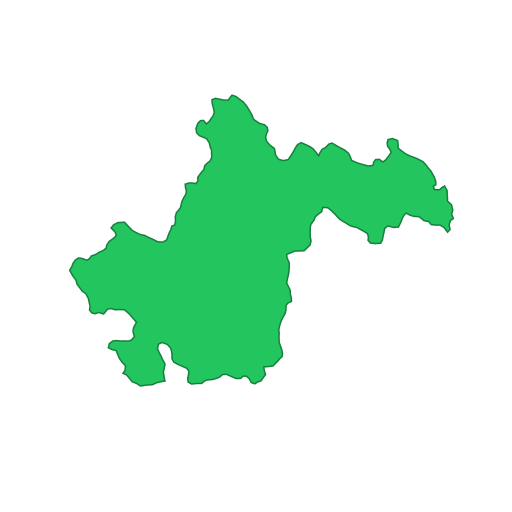 Itanhomi, Minas Gerais, Brazil, rotated 120°
{"feature_id": "56859067B79875314448705", "entity_name": "Itanhomi", "entity_type": "district", "adm_level": 2, "iso_a3": "BRA", "parent_name": "Brazil", "parent_adm1": "Minas Gerais", "projection": "equal_earth", "projection_center": [-41.828, -19.148], "detail": "fine", "context": "isolated", "style": "filled", "palette": "green", "viewbox_px": 512, "rotation_deg": 120, "n_neighbors": 0, "source": "geoboundaries", "source_scale": "gbopen_adm2", "svg_char_len": 4567}
<svg xmlns="http://www.w3.org/2000/svg" viewBox="0 0 512 512"><g transform="rotate(120 256 256)"><path d="M139.6,102.0L136.0,101.2L132.5,104.3L128.1,105.3L124.8,103.8L122.1,107.4L117.9,108.5L113.9,112.3L112.7,117.6L109.7,119.4L107.3,121.0L103.7,123.3L101.1,127.7L103.8,129.2L106.8,130.1L109.3,134.7L106.9,137.2L104.3,135.9L101.5,137.6L98.6,140.9L96.8,143.9L95.0,146.9L93.6,151.0L92.2,154.2L90.9,158.3L91.0,163.8L91.7,169.1L92.4,173.0L92.7,178.0L92.1,182.6L91.6,186.7L88.5,188.6L85.2,191.1L86.0,196.4L89.1,199.9L92.5,199.0L95.2,196.9L96.6,193.5L98.8,190.7L103.4,191.1L107.7,191.7L111.2,193.1L110.6,197.5L112.7,200.6L115.9,201.0L119.0,200.0L121.9,203.7L123.5,209.7L124.8,215.1L125.4,221.0L123.1,223.8L120.8,227.1L119.9,232.2L120.2,237.9L120.2,246.7L122.6,248.8L127.4,250.1L130.6,252.1L134.3,252.2L137.8,251.9L136.2,255.9L134.7,260.0L134.3,263.5L134.6,267.5L135.2,273.5L138.7,275.7L142.4,276.0L145.5,275.8L152.7,276.0L156.4,276.3L159.7,280.0L161.0,284.9L158.7,289.6L156.0,291.7L153.7,293.8L153.0,299.4L151.4,304.1L148.3,307.1L145.0,308.0L141.7,308.3L139.0,310.6L138.1,314.3L139.4,319.3L138.9,326.3L135.8,330.2L133.7,333.8L130.9,338.9L129.0,343.9L128.5,348.4L127.9,353.2L128.7,357.2L131.3,357.6L134.8,358.0L137.1,361.8L138.1,365.1L139.8,370.0L142.7,372.3L146.0,370.0L149.1,366.9L152.4,364.0L156.0,363.2L159.2,363.6L163.0,363.8L166.5,365.1L164.8,369.2L166.6,371.8L169.8,372.7L172.7,372.3L175.7,371.7L179.0,369.0L180.1,365.1L179.6,361.7L179.1,357.4L181.6,352.8L184.6,350.1L186.6,347.4L189.4,345.8L192.5,343.7L196.5,343.3L200.8,344.9L203.5,345.6L207.2,344.4L212.1,345.3L217.0,345.8L220.2,343.7L223.4,344.4L224.8,348.1L226.6,350.9L229.2,353.2L232.1,351.2L234.4,348.9L237.3,347.7L241.7,347.7L245.5,347.4L248.1,346.8L251.5,345.6L255.0,346.0L258.3,346.6L262.4,345.5L266.2,343.1L269.7,341.9L272.3,343.9L275.5,342.9L278.8,342.8L282.7,342.2L286.5,341.4L290.5,343.5L292.8,348.2L293.1,353.9L293.7,358.6L293.8,362.5L295.3,367.0L295.7,372.2L295.7,376.0L294.1,381.6L292.5,386.8L294.3,389.5L296.2,392.4L300.2,394.9L304.2,395.5L305.5,390.5L307.7,387.4L310.4,387.7L312.9,388.7L316.9,390.5L321.4,390.7L324.2,389.7L328.0,391.3L330.8,393.5L335.0,395.7L338.3,398.6L341.2,398.8L344.2,400.2L345.0,405.2L346.5,408.8L349.8,410.4L353.7,410.8L357.2,410.2L361.6,410.2L364.9,404.6L366.9,399.9L370.0,396.7L371.8,392.4L373.3,388.9L373.8,384.5L376.4,380.2L379.5,377.3L382.5,374.6L386.1,373.1L387.4,369.8L386.5,366.5L383.4,363.8L382.5,359.0L379.2,358.4L376.2,358.0L373.9,355.1L373.0,351.1L371.0,348.0L368.3,343.1L369.6,336.5L371.6,331.0L373.2,326.4L375.9,326.3L378.6,326.3L381.7,325.4L384.1,323.8L386.3,321.1L390.9,321.8L393.5,323.9L395.5,327.7L397.4,330.8L398.9,334.4L401.2,337.5L405.1,339.2L409.3,338.0L409.0,333.5L407.7,330.0L410.3,326.7L413.2,322.7L415.1,318.4L416.4,314.1L420.7,312.2L424.1,312.6L423.7,308.3L425.3,304.3L426.8,300.4L426.1,295.6L426.3,291.0L422.7,286.5L419.1,281.2L415.7,278.9L412.8,275.9L409.8,272.3L406.7,275.1L402.8,278.2L399.1,279.3L394.9,280.9L392.3,285.3L389.9,288.5L388.0,291.6L385.6,294.9L381.1,296.4L377.8,294.0L376.9,288.5L378.5,283.8L381.6,280.7L384.3,278.9L386.8,277.6L389.0,274.1L388.9,269.5L388.4,264.8L387.9,259.8L389.3,256.5L392.2,255.3L396.0,254.0L399.1,251.8L399.1,247.8L395.8,243.2L393.5,239.3L390.0,238.1L387.5,236.0L384.9,232.1L381.3,228.6L378.4,226.7L375.3,225.6L373.2,222.3L372.7,217.1L372.0,211.8L369.6,208.0L366.7,207.2L364.9,204.5L365.6,200.6L368.0,196.9L367.3,193.1L364.3,191.6L361.7,189.2L358.4,189.0L353.9,188.4L351.0,191.6L348.1,193.8L345.4,189.8L342.7,186.3L339.3,185.5L336.5,184.6L332.9,184.0L330.0,183.1L327.0,184.4L324.4,186.7L322.1,189.4L319.0,192.9L314.6,195.6L311.0,197.5L308.7,199.3L305.1,200.5L300.5,201.6L295.5,202.0L291.3,202.0L287.4,203.2L283.8,205.3L280.7,204.8L277.6,202.6L274.6,204.5L271.8,207.2L268.5,209.3L266.3,212.6L264.1,215.9L260.3,217.3L256.4,218.4L253.8,219.4L250.2,221.0L245.3,223.8L242.0,228.3L239.3,230.2L235.8,227.5L232.1,224.6L229.9,220.9L227.4,216.9L223.4,215.8L219.4,214.7L215.4,215.9L212.5,218.4L209.0,220.6L204.9,222.9L201.4,224.3L198.4,224.0L195.5,223.7L192.5,224.3L188.9,223.1L184.9,221.3L180.6,222.5L178.3,218.0L179.1,212.8L180.7,207.2L182.2,202.6L182.5,198.7L182.5,194.1L182.7,189.8L182.0,186.4L180.8,182.8L180.8,179.0L180.7,174.9L180.9,170.6L183.4,168.1L186.4,166.8L187.6,163.5L185.7,159.0L182.6,154.4L178.7,154.6L175.5,155.8L171.9,156.9L167.7,158.3L164.0,156.8L162.5,151.1L159.7,147.1L155.0,147.4L149.6,148.2L146.7,148.2L143.7,147.4L143.7,143.3L142.7,139.0L140.4,134.4L141.4,128.1L139.8,123.7L141.2,120.1L139.5,116.1L137.2,112.1L137.3,107.4L139.6,102.0Z" fill="#22c55e" stroke="#15803d" stroke-width="1.5"/></g></svg>